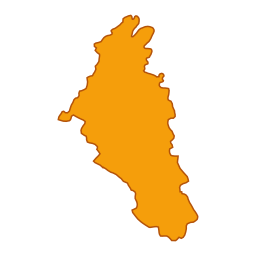 Brahin, Gomel, Belarus
{"feature_id": "67162791B77344314095023", "entity_name": "Brahin", "entity_type": "district", "adm_level": 2, "iso_a3": "BLR", "parent_name": "Belarus", "parent_adm1": "Gomel", "projection": "orthographic", "projection_center": [30.376, 51.651], "detail": "fine", "context": "isolated", "style": "filled", "palette": "amber", "viewbox_px": 256, "rotation_deg": 0, "n_neighbors": 0, "source": "geoboundaries", "source_scale": "gbopen_adm2", "svg_char_len": 4045}
<svg xmlns="http://www.w3.org/2000/svg" viewBox="0 0 256 256"><path d="M174.6,111.1L174.5,110.9L173.7,109.2L173.2,108.0L172.6,106.7L172.4,104.8L172.2,103.6L171.6,102.5L170.9,101.2L169.4,100.6L168.2,99.8L167.9,98.5L168.0,96.9L168.6,95.0L168.9,92.8L169.1,90.5L168.6,88.6L167.3,88.3L164.9,88.0L163.2,88.0L161.0,87.6L159.7,86.3L159.2,85.2L159.5,83.3L160.3,82.3L161.7,82.1L162.6,81.7L163.1,81.4L163.4,80.5L162.5,79.6L162.4,78.4L162.7,77.4L163.8,76.3L163.9,75.2L162.8,73.7L161.5,73.4L160.0,73.9L159.0,75.2L158.9,76.7L156.7,76.9L155.7,76.1L154.6,75.5L153.3,74.9L152.0,74.5L150.0,73.8L147.9,73.3L146.1,72.5L144.8,72.2L143.6,70.8L144.4,69.8L144.8,68.8L144.6,67.5L144.4,66.7L144.6,65.6L145.3,64.8L146.4,64.3L147.7,63.9L148.0,63.1L147.8,61.9L146.6,60.5L146.3,59.6L146.3,58.9L146.6,58.2L147.4,57.8L148.6,57.5L149.3,57.2L149.7,56.6L150.1,55.5L150.8,54.7L151.4,53.0L151.9,51.6L151.8,50.3L151.2,49.2L150.2,48.8L148.7,48.6L147.4,48.5L145.8,48.5L144.6,48.1L144.1,47.4L144.0,47.0L144.2,46.0L144.9,45.2L145.9,44.3L147.0,43.1L148.9,41.5L149.7,40.3L150.8,38.5L151.7,36.4L152.4,34.9L153.4,33.0L154.1,31.0L153.9,29.6L153.0,28.1L152.1,27.5L149.8,26.7L147.7,26.4L147.0,26.5L145.3,26.7L143.9,27.2L142.4,27.9L141.0,28.3L139.8,29.1L138.6,30.2L137.5,31.7L136.5,33.1L134.5,35.3L132.9,36.7L131.9,36.7L131.5,36.2L132.1,34.0L132.7,31.2L133.5,29.8L134.5,28.4L136.0,27.0L136.8,25.7L137.9,24.5L138.7,23.5L139.1,21.2L139.1,19.0L138.4,17.4L137.0,16.1L135.9,15.9L134.8,16.6L134.4,17.5L134.0,18.6L133.0,19.3L132.3,19.1L132.0,17.7L131.7,16.4L130.8,15.4L130.7,15.4L128.5,15.9L126.7,16.7L124.9,17.4L123.1,18.8L122.9,22.0L121.5,23.1L119.9,24.9L117.2,26.9L115.2,28.3L112.6,29.3L111.2,30.5L111.3,31.5L112.2,32.9L111.8,34.3L109.9,35.2L107.5,35.6L105.6,36.4L104.0,37.6L102.5,39.5L101.1,41.6L98.2,42.6L95.8,43.1L94.3,44.1L94.4,46.4L96.4,47.9L95.2,50.4L97.3,52.7L99.5,54.3L99.6,55.8L99.2,58.5L98.9,61.5L96.9,64.6L95.3,66.2L95.9,69.2L94.7,72.0L93.5,73.7L92.5,75.7L90.3,76.1L88.2,77.0L87.0,77.8L87.3,79.9L87.6,81.9L87.2,85.2L86.1,88.5L84.2,89.6L81.7,90.7L79.6,91.1L78.9,93.2L79.1,95.6L77.7,97.7L75.5,98.2L74.0,99.7L72.9,102.5L71.4,105.0L70.6,107.2L69.4,111.1L67.5,112.8L65.4,112.7L63.7,111.3L62.2,111.7L61.2,113.5L59.8,115.4L58.8,117.1L58.3,119.6L60.1,120.2L63.2,121.1L66.2,121.3L69.4,120.7L70.4,119.8L71.1,118.0L71.5,116.2L73.4,115.0L76.0,116.5L79.2,118.2L80.9,119.0L83.4,120.1L85.2,121.5L84.8,123.7L83.2,125.7L81.6,128.4L81.0,130.3L81.4,133.3L84.4,135.4L86.2,136.2L86.6,138.1L86.6,139.8L87.4,142.0L89.4,142.8L92.6,143.4L95.1,144.4L97.4,146.6L97.4,148.2L96.8,149.3L98.6,151.6L100.0,153.8L98.5,155.7L95.8,158.4L93.5,161.1L95.0,162.6L100.3,165.2L103.0,167.7L103.3,167.3L105.6,168.7L108.0,170.5L110.8,172.2L113.0,172.9L116.2,174.5L119.3,177.2L121.2,178.6L123.4,181.3L126.4,182.6L127.5,183.1L128.4,185.3L130.4,188.3L131.2,190.1L133.2,190.6L135.2,192.2L135.6,193.8L135.2,196.5L135.2,198.5L136.8,201.9L137.3,204.1L137.1,206.4L136.3,208.1L133.9,209.3L132.1,210.1L132.7,212.5L135.6,216.3L137.8,219.0L140.8,221.7L143.1,223.4L145.8,225.2L149.0,227.2L150.0,227.4L154.6,226.7L156.8,226.6L158.4,227.1L158.9,230.4L159.1,232.6L159.5,234.3L160.5,236.0L162.2,236.1L163.7,236.0L166.7,236.0L168.5,237.0L170.1,238.6L171.7,240.5L175.6,240.6L177.0,239.5L179.0,237.3L181.3,238.3L183.2,237.3L184.7,235.1L185.7,231.9L186.3,228.8L186.3,225.8L187.3,223.8L190.5,222.4L193.5,222.1L195.6,220.7L197.1,219.4L197.6,217.9L197.7,216.2L196.5,213.8L195.0,211.5L193.7,209.8L192.3,207.1L191.0,204.8L189.6,202.6L188.1,199.1L187.6,197.1L186.1,195.1L184.4,194.1L182.0,193.6L181.7,191.8L180.1,191.8L179.9,189.5L179.6,187.4L180.4,185.3L183.0,183.7L186.1,182.7L188.5,181.1L187.9,178.5L187.2,176.6L183.5,172.5L180.1,168.5L177.4,162.5L177.6,160.4L177.9,158.3L178.1,156.1L175.1,156.1L172.2,155.8L170.9,155.3L169.7,153.1L169.4,150.9L169.7,148.9L172.7,147.3L172.0,144.6L170.8,143.2L170.5,141.4L172.3,139.9L173.8,138.2L174.2,135.9L173.2,134.1L172.0,131.2L170.5,129.7L169.0,127.6L167.8,123.9L167.8,121.9L168.3,119.6L170.9,118.2L173.4,118.2L175.1,116.5L175.1,114.7L174.4,111.5L174.6,111.1Z" fill="#f59e0b" stroke="#b45309" stroke-width="1.5"/></svg>